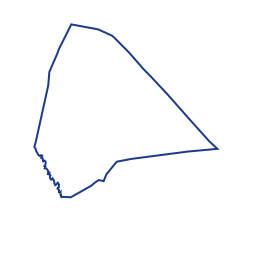 outline of San Juan Achiutla, Oaxaca, Mexico, rotated 17°
{"feature_id": "50627088B30622720608002", "entity_name": "San Juan Achiutla", "entity_type": "district", "adm_level": 2, "iso_a3": "MEX", "parent_name": "Mexico", "parent_adm1": "Oaxaca", "projection": "equal_earth", "projection_center": [-97.513, 17.347], "detail": "fine", "context": "isolated", "style": "outline", "palette": "blue", "viewbox_px": 256, "rotation_deg": 17, "n_neighbors": 0, "source": "geoboundaries", "source_scale": "gbopen_adm2", "svg_char_len": 1508}
<svg xmlns="http://www.w3.org/2000/svg" viewBox="0 0 256 256"><g transform="rotate(17 128 128)"><path d="M44.0,173.5L45.6,174.7L46.9,176.8L48.4,178.2L49.0,178.8L49.6,179.5L50.7,180.1L51.4,180.6L51.9,180.6L52.8,179.5L54.0,179.4L54.0,180.1L53.8,181.9L54.3,181.8L55.0,182.3L55.2,182.1L55.5,182.5L56.0,183.1L56.1,183.7L56.3,184.5L56.8,184.7L58.0,183.6L58.9,184.1L59.3,185.0L59.5,185.7L59.7,187.6L59.3,188.2L59.2,188.9L59.6,189.0L60.4,189.1L60.2,190.9L60.7,190.8L61.2,190.7L62.1,190.9L63.0,191.3L63.4,191.8L63.7,192.3L64.1,192.4L64.3,192.8L64.9,193.0L65.5,194.0L66.1,194.0L66.0,194.5L64.7,194.4L64.9,195.5L67.1,195.5L67.3,195.6L67.7,196.1L67.5,196.5L67.7,197.6L67.8,198.3L69.3,199.7L69.5,199.7L69.7,199.8L70.1,199.6L70.6,198.2L71.5,198.9L72.4,200.1L72.8,200.4L73.4,201.4L73.8,202.4L73.8,202.6L74.9,203.8L75.2,204.0L75.7,203.4L76.1,202.3L76.8,200.8L77.4,201.1L78.3,202.3L78.6,202.3L78.7,202.8L79.2,204.8L78.8,205.0L78.4,205.6L78.3,206.6L80.0,207.4L80.2,207.5L80.3,207.8L80.7,209.6L82.1,209.8L82.3,209.3L82.5,210.1L82.7,210.5L83.1,211.1L83.0,211.4L83.5,212.4L83.8,212.2L84.6,213.6L85.8,212.9L93.5,211.0L94.9,209.6L109.6,194.1L112.5,189.6L115.2,186.4L118.4,186.0L120.2,186.0L120.9,178.6L127.1,163.5L140.0,156.7L191.7,133.2L219.6,121.8L209.0,116.6L182.8,100.8L155.6,84.1L135.1,72.3L125.3,67.0L107.4,55.8L88.7,45.7L85.8,44.4L84.4,44.2L84.2,44.2L83.6,44.1L82.6,44.0L70.6,42.4L43.5,45.5L38.8,73.2L38.7,76.7L36.4,97.3L39.3,110.8L43.9,168.8L43.9,171.4L44.0,173.5Z" fill="none" stroke="#1e3a8a" stroke-width="2"/></g></svg>